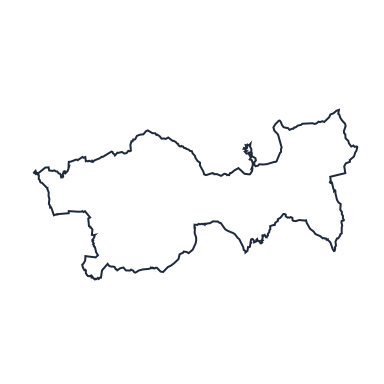 outline of Tismana, Gorj, Romania, rotated 96°
{"feature_id": "2599482B13244509072735", "entity_name": "Tismana", "entity_type": "district", "adm_level": 2, "iso_a3": "ROU", "parent_name": "Romania", "parent_adm1": "Gorj", "projection": "robinson", "projection_center": [22.909, 45.124], "detail": "fine", "context": "isolated", "style": "outline", "palette": "slate", "viewbox_px": 384, "rotation_deg": 96, "n_neighbors": 0, "source": "geoboundaries", "source_scale": "gbopen_adm2", "svg_char_len": 6046}
<svg xmlns="http://www.w3.org/2000/svg" viewBox="0 0 384 384"><g transform="rotate(96 192 192)"><path d="M190.0,351.7L189.2,350.6L190.5,349.3L190.1,348.7L191.3,346.1L195.3,345.7L196.1,344.6L197.7,344.1L198.4,343.3L198.5,342.2L203.0,336.8L203.0,336.2L204.4,336.1L207.2,334.5L211.1,334.2L213.8,333.1L218.8,333.1L220.1,332.0L222.2,331.5L221.8,330.8L223.1,329.9L229.6,326.9L228.1,323.9L228.5,323.7L227.8,322.0L226.0,312.4L223.9,312.6L223.5,303.0L223.0,299.4L222.5,298.8L223.3,297.6L222.3,296.4L228.0,290.7L229.2,292.4L236.7,290.9L237.0,289.7L238.0,289.4L237.9,288.8L239.7,287.1L245.1,287.1L245.3,285.6L244.8,284.1L245.7,284.9L246.4,284.3L248.3,284.9L250.1,286.1L250.7,285.2L251.5,285.8L253.5,284.3L254.3,284.9L255.4,283.9L256.4,283.9L256.9,282.8L262.0,281.0L264.7,278.9L267.1,281.0L266.9,291.3L271.5,291.1L274.6,292.5L275.7,293.6L278.7,292.5L281.0,290.9L280.5,289.9L281.4,289.3L283.8,289.1L285.6,287.7L286.4,286.8L286.5,285.4L285.5,283.3L286.3,282.6L286.8,283.3L287.1,282.4L287.6,282.5L287.5,281.5L288.5,280.6L288.4,279.4L289.0,279.3L288.7,278.0L287.3,276.7L288.2,275.7L286.9,274.8L286.7,273.6L279.4,273.3L272.3,268.4L274.1,266.8L274.7,264.6L274.4,263.0L274.6,261.2L276.8,259.8L276.8,258.9L277.7,258.2L275.3,255.3L274.3,252.3L276.9,249.5L276.6,245.4L275.6,244.6L276.4,242.2L277.6,241.4L278.1,239.8L275.7,236.8L274.2,233.0L273.0,227.1L272.1,224.8L271.4,224.8L271.9,223.0L271.4,222.9L271.9,221.1L271.2,220.5L271.1,218.9L274.4,215.0L274.6,212.4L269.1,208.1L267.5,205.4L264.9,202.5L260.1,198.4L255.2,197.8L253.3,194.5L252.1,194.0L252.2,191.0L253.2,189.0L249.2,185.2L242.6,183.0L239.8,182.8L236.9,183.1L232.5,185.1L228.4,185.3L227.6,185.8L227.1,185.3L226.0,186.0L224.2,186.1L224.2,183.2L223.0,182.1L223.3,180.7L222.6,178.9L223.0,177.7L222.4,176.8L223.2,175.8L222.1,175.4L222.2,174.2L221.6,173.3L221.2,171.0L219.0,168.1L218.7,163.2L219.8,161.4L219.9,160.1L225.6,155.1L226.9,152.3L228.6,146.6L229.6,144.8L233.0,141.6L233.9,140.1L241.5,135.3L244.2,134.5L245.1,132.8L246.6,132.5L244.7,130.7L240.9,130.5L240.8,129.0L240.4,128.7L237.6,128.6L236.3,127.8L235.8,128.6L232.9,128.2L232.4,126.8L233.9,125.4L235.6,125.0L234.5,123.0L233.0,123.1L232.0,122.3L233.7,121.6L233.8,119.8L235.0,119.4L235.9,118.1L235.6,117.5L234.7,116.8L233.2,117.9L232.6,116.6L231.8,117.3L230.3,116.9L227.8,117.5L227.6,116.9L228.3,116.3L227.1,115.2L229.3,113.6L229.3,112.9L228.2,112.9L227.3,111.9L225.9,112.2L223.8,111.0L221.9,111.0L220.8,110.2L217.8,110.7L216.3,107.5L216.3,106.3L214.0,106.0L211.6,103.5L210.1,103.8L208.4,101.4L204.3,98.8L204.2,97.8L204.7,96.4L206.4,96.2L207.5,94.4L207.2,93.6L207.4,92.3L206.6,91.3L207.2,89.5L209.6,89.0L210.1,88.1L210.1,85.7L208.7,82.5L208.6,76.6L208.2,75.7L210.7,74.7L216.2,70.8L218.6,66.9L220.9,64.9L222.6,59.7L224.4,57.1L224.0,56.0L224.4,55.3L224.2,53.9L225.4,53.2L224.8,52.0L225.6,51.8L227.0,49.8L228.4,48.7L233.6,46.4L235.9,44.7L235.6,44.0L233.4,43.7L232.2,44.2L230.3,43.2L226.4,44.1L223.1,43.0L222.8,41.8L219.9,40.1L218.6,40.1L217.6,38.8L211.7,39.4L209.6,39.1L206.8,40.2L205.1,40.1L204.5,38.2L204.1,38.0L202.0,39.3L200.0,39.3L198.4,40.7L196.3,40.8L194.1,42.7L188.4,42.9L187.0,45.3L184.6,47.0L178.7,49.1L175.7,49.6L175.4,50.0L176.2,50.8L174.9,50.9L174.2,51.7L168.3,53.7L168.6,54.4L168.2,55.0L168.8,56.1L167.7,55.1L167.6,55.8L167.2,55.7L167.2,55.0L162.4,56.1L157.2,41.5L150.5,43.3L147.4,42.0L145.4,38.1L143.7,38.4L139.7,34.6L135.6,33.8L133.8,32.8L130.0,32.3L129.5,32.9L130.1,35.1L128.9,36.3L130.1,38.4L127.2,41.0L124.9,41.9L122.5,44.9L118.6,45.6L117.5,46.9L115.6,47.3L110.3,46.1L108.1,46.9L105.2,50.2L102.6,52.3L99.5,53.7L99.0,54.7L95.0,54.5L96.2,57.0L98.8,59.3L100.5,62.5L103.3,63.4L108.5,67.8L108.0,69.7L109.1,72.0L108.8,73.5L110.7,75.3L111.5,77.2L111.0,79.2L112.6,89.4L113.8,90.5L115.0,93.8L116.9,95.7L117.1,97.0L118.5,97.8L118.5,98.9L120.0,101.5L118.3,103.4L118.4,105.2L117.9,107.8L116.1,109.4L112.6,111.3L111.8,112.3L112.1,113.2L116.0,116.3L119.2,117.8L122.4,116.5L125.4,112.9L126.7,112.1L138.4,107.5L140.1,108.0L142.7,107.6L144.1,108.6L152.6,111.1L153.4,112.1L153.4,113.1L156.4,120.3L157.2,124.0L157.4,128.0L158.8,129.0L159.7,131.4L158.2,133.0L155.7,133.1L154.1,131.8L151.8,132.4L150.2,135.9L149.3,136.6L147.1,136.5L146.0,137.2L143.1,137.5L140.7,139.1L137.9,138.9L139.8,140.3L139.1,141.8L140.0,142.1L139.8,143.5L141.0,143.1L141.7,141.9L142.6,142.0L143.0,143.3L142.8,144.9L143.6,145.1L143.4,144.1L144.6,143.2L145.3,141.7L146.4,143.6L148.0,141.9L148.1,141.3L146.7,138.8L149.4,138.3L148.7,138.6L148.5,139.1L148.8,139.1L151.5,137.0L153.6,138.0L154.1,135.9L157.2,134.5L159.6,134.4L162.1,135.1L161.7,134.6L162.0,134.4L164.7,134.4L168.1,136.0L168.5,136.9L168.4,141.6L163.4,148.3L166.1,152.1L168.9,154.8L169.2,156.1L171.3,156.8L171.2,158.1L171.6,158.9L170.7,159.9L170.5,161.8L172.9,164.7L171.6,169.2L172.0,171.8L171.2,172.5L171.4,173.4L171.1,173.8L173.7,179.7L173.2,181.8L170.6,182.8L164.7,186.9L162.1,187.1L160.4,189.9L157.4,192.3L155.7,192.9L153.6,195.3L151.4,196.5L151.3,198.4L150.2,199.7L149.6,202.5L149.0,202.9L149.1,204.4L147.6,205.8L147.8,206.7L147.3,207.4L147.8,207.9L147.9,209.0L146.8,210.4L145.7,210.7L145.3,212.1L144.2,213.0L143.0,215.5L143.2,216.6L140.3,221.3L142.0,223.7L141.7,225.4L142.1,227.9L140.0,229.9L138.5,232.7L139.0,233.4L137.5,234.6L137.6,237.6L135.4,242.4L136.2,244.0L139.7,246.4L140.6,250.2L142.0,252.7L145.4,254.0L146.0,255.0L145.9,255.9L147.8,256.4L147.9,257.5L151.6,258.2L157.3,257.1L158.0,258.1L157.7,259.6L160.2,261.2L160.8,263.4L159.5,265.9L160.8,269.4L160.7,270.3L163.7,272.5L162.7,273.1L161.7,274.7L160.5,275.3L160.2,276.3L166.4,284.4L166.3,285.3L168.1,287.3L170.8,292.4L172.2,293.5L171.4,294.6L172.4,294.9L171.7,297.6L172.4,298.7L172.1,300.2L172.4,300.8L168.4,301.8L169.3,303.5L168.6,304.6L172.3,309.0L171.9,309.7L172.0,310.8L174.5,315.8L174.9,317.7L179.8,317.4L179.5,316.9L182.3,317.4L184.3,318.0L187.5,320.6L185.4,320.0L184.6,320.7L185.1,321.7L188.3,322.4L189.7,321.7L190.9,322.1L191.2,323.6L188.5,324.4L187.6,325.3L187.3,326.7L185.7,328.2L185.7,329.6L184.9,331.1L185.6,332.7L185.5,336.3L182.5,337.2L183.0,340.4L189.3,346.7L189.1,348.9L187.3,349.8L190.0,351.7Z" fill="none" stroke="#1e293b" stroke-width="2"/></g></svg>